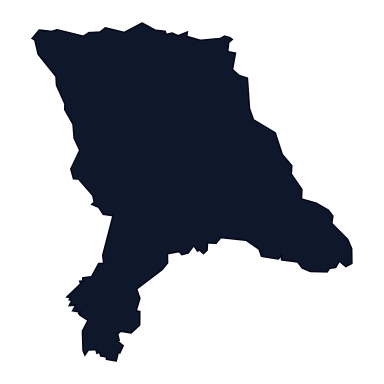 the district of Debartsa, Debarca, North Macedonia
{"feature_id": "65306769B78023528365293", "entity_name": "Debartsa", "entity_type": "district", "adm_level": 2, "iso_a3": "MKD", "parent_name": "North Macedonia", "parent_adm1": "Debarca", "projection": "natural_earth1", "projection_center": [20.818, 41.302], "detail": "fine", "context": "isolated", "style": "filled", "palette": "ink", "viewbox_px": 384, "rotation_deg": 0, "n_neighbors": 0, "source": "geoboundaries", "source_scale": "gbopen_adm2", "svg_char_len": 1657}
<svg xmlns="http://www.w3.org/2000/svg" viewBox="0 0 384 384"><path d="M32.9,37.6L32.1,38.4L34.8,40.0L38.1,54.2L56.0,76.5L56.5,85.3L64.9,104.0L64.7,109.6L73.0,124.2L74.1,138.2L79.7,150.3L70.8,169.0L73.5,178.8L78.5,179.0L92.8,195.5L94.2,202.2L91.8,204.4L98.7,207.3L103.2,214.3L113.0,215.7L102.7,255.2L103.7,263.4L98.7,263.5L91.5,276.7L82.8,277.8L82.8,281.1L79.7,281.2L80.6,283.8L66.8,297.0L70.8,297.8L69.2,299.8L71.8,300.6L69.2,305.6L75.7,305.2L72.6,310.8L80.4,312.1L78.6,313.3L80.1,315.3L88.0,320.3L82.4,331.1L83.0,350.4L84.9,355.1L88.3,350.0L95.8,349.7L96.9,353.3L99.6,352.2L100.7,356.0L106.1,356.8L106.5,359.3L116.2,361.0L118.3,352.2L119.8,353.0L123.2,345.8L117.2,340.8L119.2,340.4L117.7,333.9L120.7,331.3L131.1,333.0L139.7,325.0L139.8,311.5L136.2,310.8L139.9,298.3L136.6,289.0L162.2,269.6L167.6,262.9L167.4,253.8L179.2,251.6L181.8,254.7L188.2,253.0L193.8,245.6L197.5,251.1L199.4,250.0L203.5,253.6L207.1,250.2L207.5,242.9L216.1,243.3L220.7,237.6L246.2,240.3L259.0,249.2L261.5,256.3L278.3,259.0L281.3,255.6L281.6,259.9L297.7,262.0L302.1,268.0L310.3,271.5L327.2,271.9L329.6,268.3L335.7,267.5L339.3,261.1L345.8,266.6L351.9,263.4L351.7,248.6L347.7,239.4L331.8,223.4L332.9,216.1L328.3,210.1L316.1,203.1L301.5,199.0L301.9,189.4L291.3,174.1L291.8,165.7L282.3,154.5L275.2,132.8L253.5,119.8L249.5,108.5L247.4,78.1L239.0,75.4L232.5,69.5L235.5,53.1L227.7,51.6L228.7,42.5L232.3,39.4L229.8,37.6L224.5,36.1L220.4,38.5L200.5,40.3L186.7,36.3L187.4,32.0L178.1,35.7L172.0,33.0L166.2,34.5L165.2,31.3L155.3,30.2L142.1,23.0L124.2,32.4L105.3,27.8L99.9,32.1L89.0,32.6L83.3,36.2L57.0,29.7L51.9,31.4L39.2,30.0L32.9,37.6Z" fill="#0f172a" stroke="#020617" stroke-width="1.5"/></svg>